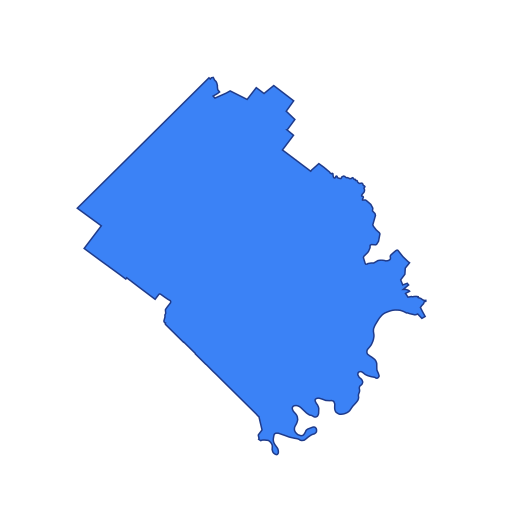 outline of Gustavo Díaz Ordaz, Tamaulipas, Mexico, rotated 127°
{"feature_id": "50627088B69577652591157", "entity_name": "Gustavo Díaz Ordaz", "entity_type": "district", "adm_level": 2, "iso_a3": "MEX", "parent_name": "Mexico", "parent_adm1": "Tamaulipas", "projection": "robinson", "projection_center": [-98.631, 26.139], "detail": "fine", "context": "isolated", "style": "filled", "palette": "blue", "viewbox_px": 512, "rotation_deg": 127, "n_neighbors": 0, "source": "geoboundaries", "source_scale": "gbopen_adm2", "svg_char_len": 6096}
<svg xmlns="http://www.w3.org/2000/svg" viewBox="0 0 512 512"><g transform="rotate(127 256 256)"><path d="M325.4,427.5L325.0,397.7L353.4,397.8L353.2,377.8L352.8,353.0L352.8,346.1L351.2,346.2L351.3,330.6L351.3,310.5L345.0,310.5L344.4,310.2L344.1,309.8L343.9,309.1L343.8,304.0L343.6,300.0L343.2,297.5L343.8,296.6L344.8,296.1L350.0,296.2L352.9,296.1L353.6,295.9L356.0,293.7L356.5,293.5L357.8,293.3L358.5,292.8L359.5,292.0L363.2,290.5L363.5,290.3L364.1,289.3L364.2,288.7L363.9,288.0L364.7,287.6L364.9,287.4L365.1,287.2L366.1,279.9L367.4,270.2L368.5,262.0L368.2,261.9L370.3,245.9L370.7,245.6L372.7,230.9L372.6,230.5L374.0,220.9L374.5,216.4L375.5,209.3L380.8,169.9L382.0,161.0L382.3,159.3L382.5,159.0L382.6,156.9L390.8,147.1L391.2,146.6L391.6,146.5L397.4,146.5L397.9,146.2L399.8,143.9L400.1,143.8L400.8,143.6L400.6,141.0L399.7,140.6L398.8,139.7L397.8,138.4L395.9,135.2L395.8,134.1L395.9,132.9L396.2,131.6L396.6,130.5L397.1,129.5L398.1,128.5L400.9,126.6L402.2,124.9L402.6,124.1L402.8,123.1L402.8,121.9L402.6,120.8L402.2,119.9L401.5,119.5L400.0,119.6L399.0,120.2L397.8,121.3L396.9,122.5L396.4,123.7L395.8,125.7L395.2,127.6L394.3,129.5L393.5,130.5L392.4,131.6L391.3,132.3L389.4,133.3L388.1,133.9L387.2,134.1L386.6,134.0L385.7,133.6L384.9,132.7L384.1,131.6L383.6,130.1L381.8,124.5L380.7,120.8L380.0,119.1L379.1,117.2L378.4,115.6L377.5,113.9L376.8,112.3L376.5,111.1L376.5,109.9L375.9,108.5L375.0,107.5L374.0,106.6L371.9,106.0L368.9,105.3L366.5,104.5L365.1,103.9L364.3,103.4L362.8,102.3L361.3,101.9L360.1,101.9L359.2,102.4L358.3,103.1L357.6,104.0L357.3,105.0L357.3,106.0L357.8,107.0L358.7,107.8L363.0,110.5L364.6,111.0L365.5,111.0L367.0,110.6L368.9,110.4L370.4,110.4L371.6,111.0L372.5,112.0L373.5,115.0L373.4,116.4L373.1,118.3L372.5,119.6L371.9,120.5L371.2,121.1L370.0,121.9L368.8,122.3L365.5,122.8L364.3,123.1L362.7,123.7L361.6,124.2L359.6,126.2L358.8,127.5L358.2,129.3L357.8,131.4L357.5,132.8L357.0,133.8L356.5,134.6L355.9,135.3L355.1,135.8L353.8,135.9L352.6,135.4L351.2,133.9L350.5,132.4L350.1,130.6L350.1,129.0L351.0,121.2L350.9,118.7L350.7,117.3L350.1,116.2L349.8,115.3L349.5,112.8L349.1,111.9L348.2,111.1L347.1,110.6L346.4,110.6L345.2,110.8L344.0,111.3L342.7,112.2L340.0,114.1L339.0,115.3L337.9,117.4L337.4,119.1L336.8,120.4L336.3,121.3L335.6,122.0L334.9,122.4L333.8,122.1L332.9,121.6L332.0,120.7L331.5,119.9L330.4,116.8L329.4,113.4L327.2,110.1L326.0,108.7L325.4,107.2L325.4,106.4L325.7,105.7L326.8,104.0L329.1,102.4L330.2,101.6L331.1,100.7L331.8,99.8L332.5,98.5L332.6,97.5L332.5,96.0L332.3,94.7L331.9,93.7L330.8,92.4L329.4,91.0L328.2,90.1L326.5,89.1L324.7,88.4L323.1,88.1L319.1,88.3L317.4,88.3L315.6,88.1L313.7,87.9L311.9,87.8L310.1,87.8L308.6,88.2L307.2,88.9L306.0,90.1L305.1,90.7L304.1,91.1L303.2,91.3L301.9,91.8L300.8,92.5L299.5,93.9L298.9,94.3L297.9,94.7L296.9,94.7L295.9,94.4L294.6,94.2L293.4,94.5L292.4,94.9L291.3,96.6L290.9,98.0L290.8,100.6L290.4,101.4L289.9,102.6L289.4,103.4L288.6,103.8L287.7,104.2L286.6,104.0L285.7,103.3L285.0,102.4L284.8,101.0L284.8,99.6L284.9,97.9L284.7,96.4L284.2,94.4L283.1,91.5L281.4,88.1L281.3,86.6L280.7,85.7L279.9,85.3L278.8,85.2L277.8,85.4L277.3,86.0L276.0,87.8L275.5,88.8L274.4,90.7L273.3,91.7L269.3,94.8L268.5,95.8L267.7,97.2L267.2,98.7L267.1,100.5L267.1,102.7L267.3,105.0L267.3,107.7L266.9,108.6L266.3,109.4L265.5,110.0L264.3,110.6L263.1,110.7L259.7,110.5L257.6,110.5L255.7,110.9L253.7,111.4L251.8,112.1L250.4,112.8L249.3,113.4L248.1,114.3L245.5,116.9L244.2,117.8L243.4,118.3L242.1,118.7L240.6,119.1L239.0,119.4L233.0,120.0L231.0,120.1L229.4,120.0L228.0,119.9L226.7,119.7L225.2,119.3L223.8,118.7L221.9,117.6L220.0,116.4L218.3,115.2L217.0,114.1L215.5,112.5L214.6,111.3L213.5,109.7L212.6,108.2L211.8,105.9L211.4,104.4L210.9,101.5L210.3,100.9L209.6,98.7L207.4,93.7L206.4,92.8L205.0,92.0L206.0,86.0L202.5,84.5L200.3,89.4L198.2,93.7L196.1,93.8L193.1,93.5L191.3,94.1L191.0,94.0L190.1,93.1L189.9,93.1L189.2,93.7L190.1,94.7L190.6,96.2L190.7,97.3L190.7,98.7L191.6,101.6L190.9,102.0L191.8,103.7L192.1,104.0L192.6,104.7L193.5,105.7L194.1,106.1L194.7,107.0L194.9,107.7L195.5,108.1L196.4,108.9L197.4,109.8L195.9,114.1L191.7,112.1L191.6,112.4L191.8,114.3L192.6,116.3L194.1,118.3L187.3,116.7L186.9,118.5L186.8,118.8L190.8,121.4L188.0,126.1L181.0,126.1L175.8,129.5L169.0,129.3L169.0,131.1L168.1,138.4L166.1,146.0L166.2,146.6L166.8,147.2L167.8,147.6L170.8,148.3L173.9,148.9L175.0,148.8L175.9,148.3L176.6,147.4L177.5,146.9L178.5,146.9L180.0,147.6L180.8,148.3L181.9,149.5L182.1,150.3L182.7,151.5L183.7,153.1L185.0,154.7L186.3,155.9L188.5,156.8L190.8,157.8L192.2,159.7L194.7,162.1L195.7,162.4L196.5,163.4L196.1,164.5L192.7,169.2L191.5,169.7L186.0,168.9L184.3,169.0L180.8,169.9L178.8,171.3L177.4,170.7L175.1,167.2L174.2,166.7L170.5,167.0L163.8,170.3L163.2,171.4L162.8,175.8L161.6,180.1L160.8,181.5L151.7,185.0L150.5,186.5L149.9,190.1L147.5,191.5L145.7,195.3L145.3,201.2L145.4,202.2L147.2,204.6L146.7,205.0L146.0,205.3L145.5,205.3L144.5,205.6L144.1,206.2L144.1,206.8L144.4,207.3L144.5,207.7L143.9,208.2L142.3,208.3L140.2,208.1L138.6,208.6L137.5,209.5L136.9,210.6L136.3,210.7L135.6,210.6L135.0,210.8L134.8,211.7L135.1,212.3L134.9,213.0L134.3,213.9L134.0,214.8L134.3,215.6L135.3,216.5L135.9,217.2L135.9,217.8L135.9,218.9L135.7,219.6L135.2,220.1L135.0,220.7L135.1,221.2L135.6,221.6L135.7,222.1L135.3,222.6L135.1,222.9L135.4,223.4L135.7,224.1L135.2,225.6L135.5,226.2L136.3,226.4L136.9,226.6L137.9,227.8L138.0,228.9L138.5,230.4L139.1,231.0L139.2,232.1L139.0,232.9L139.4,234.1L141.0,235.0L141.7,235.0L142.4,234.7L143.1,234.8L143.8,236.1L144.3,237.4L144.2,238.5L143.7,239.0L143.6,239.6L144.0,240.1L144.8,240.1L145.3,239.8L145.7,239.8L146.2,240.0L146.6,240.4L146.5,241.4L145.7,242.5L144.0,244.1L144.1,244.9L144.9,245.2L145.1,246.7L144.7,247.8L144.3,255.0L144.4,261.4L153.8,263.3L155.4,263.3L155.4,298.7L137.0,298.7L136.6,307.2L136.4,307.0L123.6,307.1L122.2,319.0L109.4,319.3L109.2,344.4L121.4,347.4L121.4,357.1L136.3,357.3L139.7,376.0L143.8,377.8L154.6,383.8L154.1,386.5L149.6,384.6L146.9,383.8L146.2,386.7L144.1,388.7L143.3,389.2L141.6,391.2L140.7,392.9L140.4,395.0L139.1,397.6L140.5,398.9L142.2,399.0L142.0,400.8L325.4,427.5Z" fill="#3b82f6" stroke="#1e3a8a" stroke-width="1.5"/></g></svg>